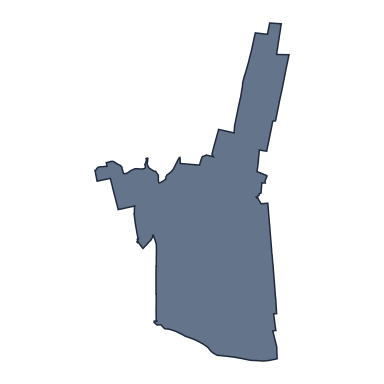 outline of Gradistea, Calarasi, Romania
{"feature_id": "2599482B45351562291775", "entity_name": "Gradistea", "entity_type": "district", "adm_level": 2, "iso_a3": "ROU", "parent_name": "Romania", "parent_adm1": "Calarasi", "projection": "natural_earth1", "projection_center": [27.161, 44.243], "detail": "fine", "context": "isolated", "style": "filled", "palette": "slate", "viewbox_px": 384, "rotation_deg": 0, "n_neighbors": 0, "source": "geoboundaries", "source_scale": "gbopen_adm2", "svg_char_len": 5871}
<svg xmlns="http://www.w3.org/2000/svg" viewBox="0 0 384 384"><path d="M164.6,328.7L168.3,329.1L170.9,329.7L175.7,331.3L183.0,334.9L184.8,336.0L193.5,339.2L194.8,339.7L196.0,340.3L200.2,342.4L203.0,344.0L207.5,347.1L208.2,347.7L209.2,348.9L209.4,349.3L209.6,349.6L210.5,350.7L212.6,352.6L213.6,353.3L216.1,354.7L217.3,355.3L217.9,355.4L218.2,355.5L218.8,355.4L226.5,356.2L233.9,357.1L241.7,358.5L250.0,360.2L250.4,360.2L251.1,360.4L257.1,360.6L263.2,361.0L268.2,360.6L275.3,359.2L277.1,358.7L276.7,346.6L274.0,336.1L273.9,335.6L272.8,330.9L275.9,330.5L275.4,327.8L273.6,313.8L276.6,313.7L276.4,309.7L276.2,306.7L275.8,300.8L275.8,300.7L275.8,300.1L275.5,296.9L275.2,294.1L274.3,281.3L274.0,278.0L273.2,267.4L273.1,266.3L272.7,262.4L272.1,254.8L272.1,254.7L271.9,253.9L271.6,250.3L271.6,249.5L270.4,235.1L270.3,233.8L270.1,231.8L270.1,230.8L269.9,228.6L269.8,227.3L269.6,225.1L269.4,223.0L269.3,221.3L269.1,219.5L269.1,218.8L268.8,216.0L268.7,214.6L268.6,213.5L268.5,211.2L268.2,208.3L268.0,205.3L267.8,203.2L261.9,203.7L261.1,203.7L259.9,201.8L259.0,200.2L258.2,198.7L257.8,197.9L257.1,198.2L256.4,197.4L256.2,197.0L256.4,197.0L259.0,195.5L259.1,194.8L259.2,193.7L259.7,193.6L261.0,193.1L261.2,190.3L261.6,185.7L261.8,183.0L265.3,183.0L265.2,182.7L265.0,182.4L265.3,180.3L265.3,180.1L266.3,177.9L267.0,176.0L266.9,175.6L263.0,174.0L259.5,172.6L257.1,171.7L257.2,171.4L257.2,171.2L257.2,169.9L257.3,169.7L257.6,167.5L257.9,164.5L258.0,164.3L258.3,161.8L258.4,160.6L258.5,159.6L258.4,159.4L258.9,155.2L259.3,150.1L266.7,151.2L267.6,146.5L269.0,140.1L269.8,135.9L270.4,133.0L270.8,131.1L271.3,128.7L271.8,126.3L272.1,124.3L272.7,121.6L272.7,121.4L272.8,121.2L273.1,121.1L273.4,121.0L273.9,121.0L275.1,121.0L275.3,121.0L275.5,120.9L275.6,120.5L276.8,114.7L277.3,111.9L278.6,105.8L279.2,102.3L280.2,97.7L281.6,91.6L283.2,83.5L284.5,76.9L286.5,66.8L287.5,62.1L289.0,54.7L276.6,54.5L276.6,54.2L276.9,52.9L276.9,52.0L277.1,50.8L277.4,49.3L277.7,46.9L278.0,45.2L278.1,44.2L278.2,43.6L278.5,41.9L278.6,41.1L278.9,39.5L279.1,37.9L279.3,36.5L279.4,35.5L279.6,34.6L280.4,29.8L280.7,27.2L280.9,25.9L281.3,23.8L269.7,23.0L267.4,34.3L255.3,32.9L253.3,41.8L253.0,43.3L250.7,53.9L250.5,54.1L249.0,60.3L247.5,66.0L246.4,69.4L246.1,70.6L245.6,72.4L244.2,76.7L243.2,80.4L242.8,82.3L242.6,83.7L242.4,87.1L242.2,87.3L242.2,87.5L242.0,89.0L241.6,90.8L241.3,93.0L241.0,94.7L240.8,96.2L239.6,101.5L239.3,102.8L239.0,104.2L238.5,106.4L238.2,108.0L234.5,126.3L234.1,132.9L218.6,129.4L218.4,130.4L215.0,142.5L212.1,153.5L212.0,154.6L213.3,156.7L206.3,155.0L205.3,155.6L203.8,156.1L203.2,156.3L202.4,156.5L201.2,159.3L199.5,165.1L180.2,163.5L180.2,158.8L179.9,157.4L179.4,157.5L177.9,160.0L173.4,169.1L170.9,172.0L169.0,173.6L166.9,175.0L166.0,176.8L165.6,179.2L164.1,180.4L162.2,181.6L160.4,182.6L159.3,182.9L158.9,182.8L158.6,182.1L158.5,181.4L158.5,180.6L158.3,179.5L158.4,178.4L158.2,178.1L158.4,177.5L158.4,176.2L158.3,175.0L158.0,174.8L156.9,173.4L155.7,171.3L153.9,171.1L149.2,168.1L148.2,166.7L147.3,164.4L147.3,162.6L147.3,162.1L147.7,160.4L147.8,158.8L147.8,158.2L147.5,158.1L147.3,158.1L147.1,158.1L146.9,158.2L146.0,158.6L146.1,158.8L146.2,159.1L146.3,159.5L146.3,160.4L146.2,160.9L146.0,161.5L145.8,162.0L145.8,162.6L145.6,163.1L144.9,164.2L144.9,165.3L145.3,165.8L145.4,166.0L145.4,166.4L145.5,166.7L145.5,166.9L145.3,167.3L145.1,168.0L144.6,168.4L143.5,168.8L141.5,169.0L140.4,169.0L140.0,168.9L139.5,168.9L137.9,168.8L137.3,168.6L136.8,168.7L136.2,168.8L135.8,168.7L135.3,168.8L134.6,168.9L133.6,169.3L132.4,169.9L131.7,170.1L130.4,170.9L128.1,172.5L127.2,173.0L125.1,173.7L124.5,173.8L123.5,173.3L123.3,172.5L123.0,172.0L122.7,171.5L122.8,171.1L122.7,170.6L122.6,170.0L122.3,169.4L122.0,168.9L122.0,168.5L122.0,167.6L122.0,167.3L121.1,166.2L120.9,165.9L120.4,165.5L119.7,165.1L119.1,165.0L117.8,164.1L117.0,163.8L116.8,163.7L116.7,163.6L115.4,162.8L115.4,162.6L115.0,162.4L113.1,161.4L112.9,161.3L112.2,161.4L111.0,161.4L109.6,161.9L107.9,162.3L107.0,162.5L106.3,162.6L106.6,164.2L107.0,166.3L105.8,166.4L104.9,166.4L104.2,166.5L103.1,166.6L102.6,166.7L101.6,166.7L100.6,166.8L99.9,166.9L97.6,167.5L95.7,170.3L95.0,170.4L97.1,181.2L110.3,178.4L110.5,179.1L110.9,180.6L111.5,183.0L111.9,184.6L112.4,186.4L112.5,187.2L112.5,187.3L112.6,187.9L112.8,188.6L113.8,192.4L114.2,194.1L114.3,194.2L115.0,196.9L115.6,199.4L116.2,201.8L117.0,204.8L117.3,206.0L117.7,207.6L118.0,208.8L118.2,209.6L119.0,209.4L119.6,209.3L120.8,209.1L121.7,208.9L123.6,208.5L124.2,208.3L124.6,208.2L125.2,208.1L130.0,207.0L130.7,206.9L134.6,206.1L134.5,206.3L134.5,206.5L134.4,209.3L134.3,213.9L134.1,213.9L134.2,214.2L134.5,217.2L134.9,220.3L135.3,223.3L135.6,225.2L136.1,227.9L136.6,230.8L137.0,233.3L137.7,236.7L137.9,238.1L138.2,238.6L138.5,238.8L138.0,239.1L137.3,239.3L137.7,240.2L137.6,240.3L137.9,241.3L137.0,241.5L137.2,242.3L137.8,242.2L138.0,243.0L138.7,243.0L138.8,243.0L139.1,243.2L140.0,244.5L140.7,245.5L141.4,246.6L142.4,247.8L143.0,248.5L143.5,247.9L143.9,247.6L144.3,247.0L145.0,246.3L146.6,244.6L147.0,244.2L147.6,243.8L147.8,243.5L147.9,243.3L148.1,242.9L148.3,242.6L148.7,242.2L149.5,241.5L150.1,241.0L150.4,240.6L150.9,240.1L151.2,239.7L151.8,238.5L152.3,237.8L152.6,237.2L152.8,236.9L153.0,236.7L152.7,235.3L153.4,235.3L153.4,235.6L153.5,236.0L154.1,237.6L154.3,238.1L154.5,238.5L154.6,238.8L154.9,239.7L155.2,240.4L156.0,243.4L156.2,243.9L156.3,244.5L156.3,245.1L156.3,245.6L156.3,246.0L156.4,247.6L156.4,253.1L156.3,256.8L156.3,266.3L156.0,266.3L156.1,267.2L156.0,271.9L156.0,275.9L156.0,281.2L156.0,286.7L156.0,290.7L156.0,294.1L156.3,294.1L156.2,295.8L156.2,299.6L156.2,301.6L156.2,304.0L156.1,307.9L156.1,309.0L156.1,312.0L156.2,313.3L156.2,313.5L156.1,314.0L156.2,318.4L156.2,319.6L156.2,319.8L156.9,321.0L156.9,321.3L155.7,321.1L154.2,321.1L154.1,321.9L154.1,322.3L154.2,322.5L154.7,323.0L157.0,325.0L160.9,324.8L164.6,328.7Z" fill="#64748b" stroke="#1e293b" stroke-width="1.5"/></svg>